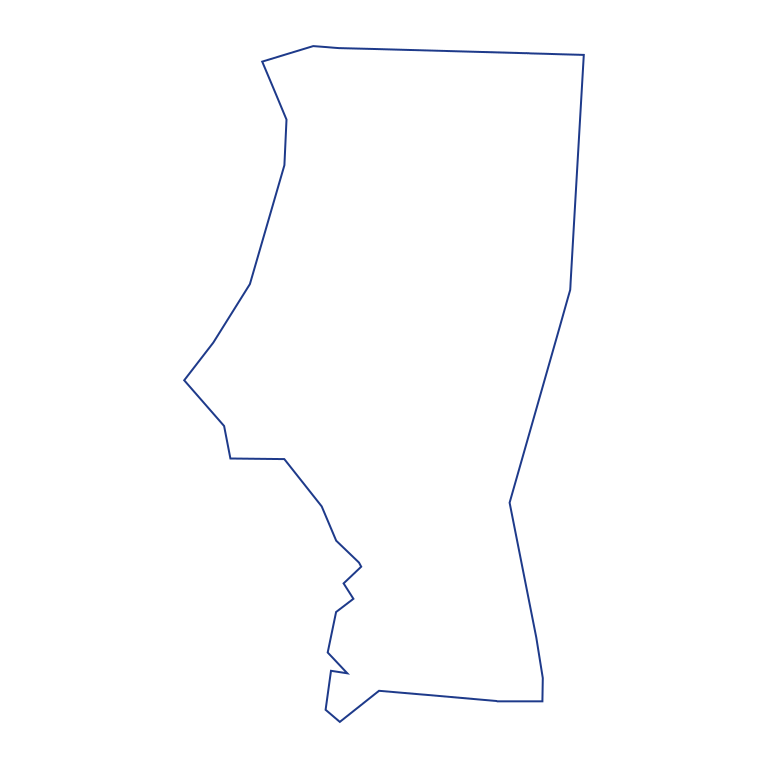 the district of Iredell, North Carolina, United States of America
{"feature_id": "52423323B78922386378350", "entity_name": "Iredell", "entity_type": "district", "adm_level": 2, "iso_a3": "USA", "parent_name": "United States of America", "parent_adm1": "North Carolina", "projection": "albers", "projection_center": [-80.877, 35.774], "detail": "fine", "context": "isolated", "style": "outline", "palette": "blue", "viewbox_px": 768, "rotation_deg": 0, "n_neighbors": 0, "source": "geoboundaries", "source_scale": "gbopen_adm2", "svg_char_len": 792}
<svg xmlns="http://www.w3.org/2000/svg" viewBox="0 0 768 768"><path d="M327.7,652.5L347.3,673.3L331.0,670.8L325.6,709.8L339.8,721.9L379.0,690.8L422.1,694.5L424.7,694.7L483.8,699.9L496.5,701.0L497.2,701.3L542.2,701.3L542.4,701.3L542.8,678.1L536.3,637.6L509.6,502.7L559.7,327.0L568.1,297.2L570.2,289.9L570.4,286.9L570.6,282.5L573.9,225.2L583.8,54.9L558.3,54.2L545.8,53.8L530.2,53.4L528.3,53.2L527.4,53.3L526.9,53.1L526.2,53.1L525.6,53.2L403.3,49.8L374.5,49.0L338.9,48.1L334.8,47.8L326.5,47.1L317.3,46.4L313.2,46.1L262.2,61.6L273.7,88.9L277.3,97.5L286.5,119.6L284.4,165.2L249.9,284.1L213.3,342.6L184.2,380.3L224.1,426.0L230.4,458.5L284.3,459.1L321.7,506.4L336.2,540.7L359.0,562.6L361.2,566.7L343.6,583.4L353.4,598.8L336.1,612.0L327.7,652.5Z" fill="none" stroke="#1e3a8a" stroke-width="2"/></svg>